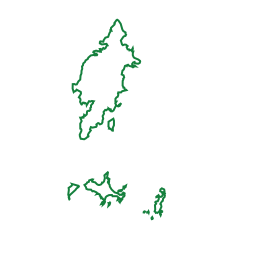 Ko Kut, Trat, Thailand (Albers equal-area conic projection), rotated 208°
{"feature_id": "78962969B85434613183217", "entity_name": "Ko Kut", "entity_type": "district", "adm_level": 2, "iso_a3": "THA", "parent_name": "Thailand", "parent_adm1": "Trat", "projection": "albers", "projection_center": [102.496, 11.71], "detail": "fine", "context": "isolated", "style": "outline", "palette": "green", "viewbox_px": 256, "rotation_deg": 208, "n_neighbors": 0, "source": "geoboundaries", "source_scale": "gbopen_adm2", "svg_char_len": 5838}
<svg xmlns="http://www.w3.org/2000/svg" viewBox="0 0 256 256"><g transform="rotate(208 128 128)"><path d="M152.6,162.8L154.8,167.1L154.9,168.7L155.4,169.2L155.1,170.8L156.6,172.4L158.7,172.3L159.8,176.1L159.2,177.7L159.8,181.4L158.9,182.4L158.1,182.2L158.1,183.4L157.6,183.9L156.0,183.4L153.8,184.0L152.1,183.9L151.0,185.8L150.4,186.0L151.3,186.2L153.7,185.5L154.4,186.4L154.2,188.3L153.2,189.4L152.2,188.4L149.2,189.5L148.2,190.9L148.4,192.3L148.9,192.9L151.0,193.3L155.4,192.9L156.6,193.4L158.0,194.6L158.9,196.5L159.2,198.0L160.1,197.5L160.9,197.9L161.0,198.5L160.6,198.8L160.9,200.3L161.3,200.8L161.3,198.8L163.2,197.2L163.8,197.9L165.3,197.3L167.2,198.8L166.8,200.2L168.9,200.6L170.3,200.0L171.4,198.7L172.5,199.0L175.4,201.9L174.9,206.3L174.5,207.2L173.5,208.1L173.5,209.5L174.4,209.9L175.0,211.2L177.7,211.4L179.2,212.3L183.4,216.6L186.9,218.4L188.4,218.5L188.8,217.8L189.3,214.2L188.7,214.0L188.5,213.0L190.0,208.5L189.6,207.4L188.4,206.2L189.4,206.0L188.8,204.7L188.9,202.9L188.3,199.2L190.4,197.1L190.7,194.1L190.3,192.6L193.1,191.5L193.2,190.8L192.6,189.5L190.3,189.5L186.5,192.2L184.9,191.3L185.4,190.9L185.4,187.8L185.9,186.9L187.3,187.1L187.7,186.2L187.4,185.2L188.6,184.7L189.4,184.9L190.0,184.5L189.4,184.0L188.6,183.9L187.7,182.6L188.8,182.1L190.2,182.0L190.8,181.4L191.6,181.6L192.5,181.3L194.3,179.5L194.2,178.6L192.1,178.2L191.0,178.8L189.6,178.2L189.6,177.7L191.5,176.5L192.6,176.4L194.9,174.6L196.1,171.4L195.9,170.1L197.2,167.7L197.0,166.2L197.8,164.0L197.2,162.2L197.5,160.8L196.2,158.8L195.9,156.7L194.7,154.2L194.5,152.0L192.9,148.3L193.7,145.9L193.7,142.5L194.7,141.7L196.1,141.6L197.4,140.8L195.4,136.8L192.8,134.2L192.4,135.4L191.6,135.9L191.4,137.7L186.7,137.7L185.8,136.6L185.6,135.7L185.8,132.0L184.1,131.6L183.1,130.5L182.6,128.6L180.3,127.0L179.9,127.0L179.6,129.3L178.7,129.7L178.0,129.3L177.4,130.0L176.0,129.9L175.2,128.8L175.0,133.4L173.6,133.7L172.6,134.9L170.8,135.5L171.0,134.4L170.6,133.6L171.3,130.6L170.4,129.0L170.7,127.9L169.7,126.6L170.1,125.0L171.1,124.6L171.9,123.5L170.8,120.6L171.5,118.7L172.9,119.0L172.1,116.3L172.8,115.8L173.5,116.1L173.8,115.3L175.0,114.7L172.2,112.4L172.2,109.4L169.8,105.0L169.0,105.1L168.4,104.7L167.8,103.6L167.5,99.5L166.6,98.1L164.7,96.3L161.4,97.5L160.3,99.2L159.4,101.7L159.0,101.8L159.0,102.3L160.1,102.9L160.3,104.7L159.7,108.4L160.9,108.9L161.2,111.4L159.5,111.7L156.6,114.1L156.6,115.3L157.6,116.3L156.7,118.3L156.1,118.5L154.5,118.0L153.3,119.4L153.2,120.9L154.1,122.9L154.2,124.5L156.0,126.6L155.9,129.3L157.1,130.7L156.6,133.3L155.5,133.5L154.8,135.2L154.0,135.6L154.4,136.2L153.2,136.0L152.0,136.4L151.5,135.8L152.1,135.0L150.9,134.7L149.8,135.2L149.0,136.7L149.2,142.7L150.7,143.7L150.6,145.9L151.5,145.4L152.8,147.9L152.5,149.7L151.8,150.7L152.0,152.3L152.5,153.4L153.0,153.6L153.3,154.9L150.9,156.1L150.4,157.8L147.1,160.7L147.7,160.9L148.9,160.5L150.1,161.8L151.1,161.5L151.5,162.3L152.6,162.8ZM115.9,50.5L115.9,48.3L114.9,49.3L114.1,49.3L114.0,48.8L113.6,49.9L113.6,50.6L114.0,50.4L114.3,50.9L113.8,52.2L114.5,52.8L115.2,56.3L114.8,57.7L113.3,59.8L110.7,61.3L109.6,60.5L105.8,62.6L103.7,62.2L103.4,59.5L102.2,60.7L102.7,61.5L102.3,62.0L100.5,61.8L99.9,60.8L99.6,62.6L100.1,62.9L99.9,65.1L99.3,65.7L99.3,66.3L99.5,67.1L100.1,67.3L100.3,68.7L101.6,68.8L102.1,67.9L101.4,67.4L101.5,66.6L102.3,65.9L102.8,66.0L103.7,65.1L106.3,65.5L109.6,64.9L113.6,66.0L116.5,67.7L117.7,69.3L118.9,69.8L119.2,70.8L119.8,70.3L120.2,70.5L120.6,71.5L119.9,72.3L120.2,73.3L120.9,73.4L120.6,74.2L121.8,74.4L122.2,73.8L123.1,73.9L124.8,79.3L125.1,79.4L126.6,75.1L124.9,72.9L124.1,69.5L124.6,67.8L125.3,67.6L125.1,66.3L125.4,65.4L126.6,64.2L127.5,63.8L129.0,63.8L131.4,64.6L134.4,63.8L134.9,64.2L134.8,66.1L135.5,65.9L137.7,63.5L137.3,62.0L138.5,60.8L138.4,59.6L139.7,57.3L137.3,56.0L136.1,54.7L134.4,54.9L131.7,56.2L129.7,55.4L128.7,56.2L125.6,56.4L124.5,56.0L124.6,55.1L123.9,55.9L123.6,55.6L122.6,56.1L121.6,56.0L121.1,54.9L119.5,54.9L119.5,53.8L118.8,53.3L118.4,54.0L117.6,54.0L116.9,53.7L116.8,53.4L116.3,53.5L115.3,53.0L115.0,51.7L115.9,50.5ZM64.3,66.7L63.7,66.2L63.4,66.7L62.3,66.7L61.2,69.0L61.5,74.1L62.7,75.7L63.8,76.1L63.6,79.2L63.1,80.0L63.9,82.3L63.3,84.2L63.8,85.8L64.6,86.3L64.6,87.6L65.0,87.8L66.0,86.5L66.9,86.4L65.9,85.6L65.9,84.0L66.6,82.6L68.2,82.1L68.2,81.0L67.5,79.8L67.3,77.3L68.8,76.2L69.1,75.3L67.6,74.4L68.0,72.6L65.7,68.8L65.3,66.8L64.3,66.7ZM150.6,52.1L150.7,50.4L152.3,47.2L151.2,45.7L149.5,41.2L148.0,39.6L147.8,41.7L145.3,48.7L145.1,50.4L144.0,52.7L144.0,53.5L144.4,53.6L144.6,53.0L145.4,53.1L145.5,53.5L151.0,52.3L150.6,52.1ZM142.8,119.0L140.6,118.3L140.1,118.6L141.5,121.0L141.7,123.8L143.8,127.8L145.3,129.3L148.1,124.4L145.9,120.0L144.6,119.4L144.5,118.5L142.8,119.0ZM69.8,90.6L70.5,88.9L69.9,87.3L68.0,87.3L65.9,88.3L66.0,89.2L67.2,90.7L69.8,90.6ZM103.9,72.7L103.1,72.7L103.2,73.1L102.4,74.6L102.8,76.2L103.6,74.8L104.5,74.2L103.9,72.7ZM106.7,68.6L107.0,67.9L106.7,67.2L105.9,68.2L104.7,68.8L104.1,69.7L104.1,70.7L106.7,68.6ZM145.6,146.7L146.9,144.2L146.7,143.1L147.4,142.7L147.3,142.4L146.7,142.5L145.8,143.5L145.6,146.7ZM109.0,53.7L109.1,53.2L109.9,52.6L109.3,52.2L108.7,50.2L108.2,51.7L108.6,53.5L109.0,53.7ZM64.8,60.7L65.0,59.5L64.2,58.7L63.7,59.1L63.7,59.9L64.8,60.7ZM59.4,67.7L59.4,67.1L58.2,66.2L58.3,67.1L59.4,67.7ZM74.4,62.1L74.7,61.3L74.5,60.8L73.9,61.0L73.7,61.7L73.8,62.2L74.4,62.1ZM60.2,69.0L60.4,68.3L59.7,67.8L59.3,68.6L60.2,69.0ZM59.8,70.0L58.9,69.7L58.5,70.0L58.7,70.5L59.4,70.6L59.8,70.0ZM71.4,62.3L70.7,62.6L70.6,62.9L71.1,63.1L71.6,62.7L71.4,62.3ZM69.5,83.0L69.7,82.4L69.1,82.2L69.0,82.7L69.5,83.0ZM70.5,81.0L70.7,80.5L70.5,80.2L70.1,80.6L70.5,81.0ZM70.8,64.0L70.8,63.6L70.0,63.0L70.1,63.4L70.8,64.0ZM101.0,58.8L100.5,58.6L100.7,59.2L101.0,58.8ZM147.7,39.3L147.7,38.8L147.3,38.5L147.2,38.8L147.7,39.3ZM146.6,38.1L146.7,37.7L146.4,37.5L146.3,37.9L146.6,38.1Z" fill="none" stroke="#15803d" stroke-width="2"/></g></svg>